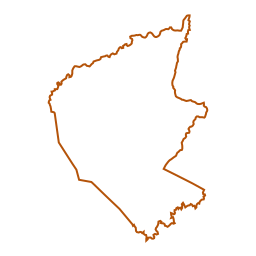 São Félix do Coribe, Bahia, Brazil
{"feature_id": "56859067B73980030167744", "entity_name": "São Félix do Coribe", "entity_type": "district", "adm_level": 2, "iso_a3": "BRA", "parent_name": "Brazil", "parent_adm1": "Bahia", "projection": "robinson", "projection_center": [-43.973, -13.552], "detail": "fine", "context": "isolated", "style": "outline", "palette": "amber", "viewbox_px": 256, "rotation_deg": 0, "n_neighbors": 0, "source": "geoboundaries", "source_scale": "gbopen_adm2", "svg_char_len": 5011}
<svg xmlns="http://www.w3.org/2000/svg" viewBox="0 0 256 256"><path d="M204.1,189.8L191.9,183.1L185.8,180.0L163.7,168.9L165.5,165.4L166.7,163.7L168.5,161.4L169.7,160.2L171.3,159.2L172.6,158.2L173.9,157.2L175.0,156.5L176.1,155.7L176.7,154.0L177.4,152.6L178.4,152.0L179.4,150.9L180.3,150.1L181.8,150.0L182.3,148.8L182.3,146.6L182.2,145.2L181.7,142.7L182.7,141.0L183.6,139.0L185.3,137.9L186.2,136.5L185.9,135.4L185.9,134.1L186.4,133.2L187.8,133.0L189.2,132.7L189.5,131.4L189.1,130.1L188.5,129.0L189.1,127.9L190.3,126.7L191.5,126.6L192.8,125.6L193.7,124.0L193.3,122.4L193.5,121.2L194.3,120.2L195.4,119.1L195.8,117.4L196.9,116.4L198.4,116.5L199.5,117.2L200.8,117.2L202.3,117.2L204.3,117.6L205.0,116.9L205.6,115.1L206.0,113.9L206.2,112.5L207.0,111.2L207.3,110.1L207.0,108.6L206.2,107.2L204.6,106.6L203.8,105.7L204.0,104.1L203.8,102.7L202.3,103.3L201.0,103.8L199.3,104.1L197.5,103.9L196.4,103.3L195.4,102.3L194.1,101.8L192.9,101.5L191.9,101.1L190.9,100.1L189.6,100.3L188.1,100.7L186.3,101.0L184.9,100.5L183.2,99.8L181.9,99.7L180.9,98.9L179.4,98.2L177.2,97.3L175.9,96.3L175.5,94.9L175.1,93.4L174.9,91.9L175.1,90.3L174.3,89.1L173.2,87.8L173.3,86.6L172.5,85.4L172.3,83.8L172.3,82.5L172.6,80.7L173.4,79.0L174.0,77.6L174.6,75.5L175.1,73.6L175.5,72.2L175.0,70.8L175.5,69.3L176.1,67.6L176.3,66.1L176.6,65.0L176.8,63.7L177.1,62.6L177.9,61.5L177.9,60.3L177.8,58.7L177.5,57.0L177.8,55.2L178.4,53.6L178.6,52.4L178.9,51.1L179.7,49.7L179.8,48.3L180.8,47.5L181.2,45.9L181.1,44.2L182.2,43.1L183.2,41.8L184.7,41.6L186.6,41.6L186.9,40.4L187.0,39.2L185.9,39.2L185.3,38.1L186.0,36.9L186.5,35.1L186.7,34.0L188.1,33.6L187.9,31.8L188.3,30.1L189.8,29.9L189.3,28.4L189.1,27.0L189.7,25.6L189.0,24.2L189.3,23.0L189.8,21.3L188.4,20.2L189.0,18.3L189.5,16.8L189.6,15.4L188.1,15.4L186.8,15.8L185.6,17.5L184.6,18.9L183.8,19.7L183.3,20.9L183.2,23.1L182.9,25.3L182.7,27.4L182.0,28.9L181.1,30.7L179.3,30.7L177.8,30.4L175.9,30.5L174.9,30.5L173.6,30.2L172.1,29.2L171.2,27.4L169.9,27.4L169.3,28.4L168.3,29.2L166.8,29.0L165.6,29.1L164.2,29.9L162.6,30.5L161.5,30.8L160.4,32.0L160.1,33.5L159.6,34.8L158.9,35.6L157.8,36.4L156.5,37.0L155.4,37.0L154.4,36.5L153.4,35.4L152.6,34.2L151.6,33.1L150.2,32.4L148.6,32.9L147.7,33.9L147.0,35.6L146.2,36.8L145.3,37.5L144.1,37.5L142.3,36.9L141.3,35.8L140.4,34.9L139.3,34.8L137.8,35.2L136.4,35.0L134.9,35.5L133.5,35.7L131.7,35.8L130.2,36.6L130.5,38.2L132.1,39.0L132.4,40.2L131.9,41.5L131.7,43.5L130.7,44.5L129.4,45.4L127.7,46.0L126.7,45.2L126.5,44.0L125.1,44.3L124.2,45.2L123.1,45.9L123.2,47.9L121.7,48.2L120.8,47.1L119.8,47.4L118.8,48.6L118.2,50.4L117.0,51.8L116.5,53.6L115.3,54.0L114.3,54.3L112.8,53.4L111.2,54.3L110.2,55.5L109.6,57.1L108.4,56.8L107.4,55.5L106.3,55.5L105.2,56.2L103.7,56.5L102.4,56.8L101.0,57.2L100.5,58.9L99.5,59.7L98.5,60.0L97.1,60.3L96.1,60.6L94.8,61.1L93.6,61.5L92.9,63.2L91.6,64.1L90.7,65.2L89.6,66.4L88.0,66.0L86.8,65.8L85.4,64.3L83.9,64.4L82.9,64.8L82.0,65.6L80.7,66.5L79.4,67.0L77.7,66.6L75.9,66.2L74.6,66.3L73.6,67.7L72.8,69.2L72.3,70.5L72.3,72.4L72.3,73.7L71.9,74.9L71.5,76.1L70.8,76.9L69.4,77.2L69.5,75.4L68.2,74.3L67.2,74.9L66.4,76.6L66.1,78.3L64.9,79.0L63.5,79.8L62.3,80.8L61.4,81.7L61.6,83.6L61.1,84.6L60.0,84.8L59.3,83.2L58.4,82.4L57.4,82.8L57.2,83.9L57.9,85.0L58.3,86.2L57.9,87.6L57.3,89.1L55.9,89.2L54.8,89.2L54.9,90.4L53.7,90.9L52.8,91.5L51.6,91.6L52.1,93.4L52.1,94.6L50.1,95.7L49.6,97.1L49.9,98.3L50.5,99.8L49.4,100.3L48.9,101.4L48.7,102.8L49.6,103.7L49.9,105.0L50.5,106.3L50.7,107.4L51.0,109.0L51.2,110.4L51.3,111.7L52.6,112.0L53.8,112.2L54.7,113.1L58.8,142.5L64.0,150.6L72.4,163.7L76.4,169.7L79.1,179.8L91.4,182.0L92.6,183.1L105.3,195.4L111.9,201.7L113.8,203.5L119.5,208.9L131.2,222.9L132.4,224.3L133.0,225.8L134.0,224.9L134.7,226.5L135.7,227.6L135.9,229.4L136.0,230.9L136.9,232.1L138.7,232.5L140.1,231.9L141.2,232.1L142.2,233.1L143.6,231.9L143.5,233.6L144.8,234.8L146.1,235.0L146.6,237.2L146.3,238.7L146.3,240.6L147.7,239.3L148.0,237.8L149.0,237.6L150.6,237.5L151.9,238.6L153.1,238.7L154.1,238.2L154.3,236.9L153.7,236.0L153.5,234.8L155.0,233.9L156.6,234.5L158.0,233.9L157.6,232.0L156.3,230.7L155.6,229.4L156.0,228.0L156.8,227.1L157.4,226.0L158.1,224.6L158.3,223.2L158.5,221.6L160.3,220.9L161.4,221.8L160.8,223.0L161.9,223.3L163.4,223.3L164.7,224.3L164.9,225.7L166.1,226.0L167.6,226.8L168.9,225.8L169.9,224.9L170.8,223.8L172.0,223.1L173.6,223.7L174.7,223.2L173.9,222.0L173.8,220.4L173.6,218.9L173.1,217.3L171.2,217.9L171.8,216.5L171.2,215.0L171.0,213.0L172.6,213.6L173.6,214.3L174.5,214.0L175.0,212.9L174.5,211.6L174.6,210.1L175.9,209.8L176.4,208.1L177.7,207.4L178.4,209.0L179.4,207.9L180.5,207.7L181.3,209.3L182.2,207.9L182.0,206.8L182.3,205.7L181.8,204.2L183.0,202.8L184.0,204.5L184.7,206.0L185.3,207.4L186.2,206.7L187.3,205.9L188.6,205.4L189.7,205.3L190.7,204.0L191.9,204.6L192.8,206.2L194.1,205.7L194.9,206.6L195.4,208.4L196.4,207.4L196.3,205.6L197.1,204.0L198.2,203.1L199.3,203.6L199.6,202.0L200.6,200.6L201.9,199.6L203.7,199.4L204.0,198.2L203.5,196.7L205.1,195.5L204.8,194.4L203.3,194.2L202.9,192.6L203.4,191.4L204.1,189.8Z" fill="none" stroke="#b45309" stroke-width="2"/></svg>